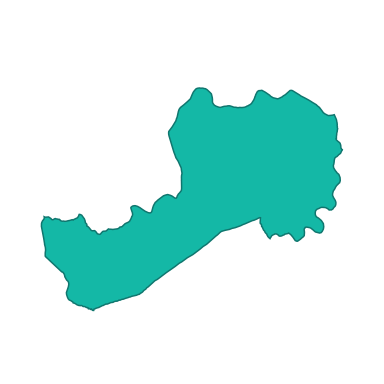 outline of Sedhiou, Sédhiou, Senegal, rotated 171°
{"feature_id": "50182788B34006486463131", "entity_name": "Sedhiou", "entity_type": "district", "adm_level": 2, "iso_a3": "SEN", "parent_name": "Senegal", "parent_adm1": "Sédhiou", "projection": "natural_earth1", "projection_center": [-15.59, 12.794], "detail": "fine", "context": "isolated", "style": "filled", "palette": "teal", "viewbox_px": 384, "rotation_deg": 171, "n_neighbors": 0, "source": "geoboundaries", "source_scale": "gbopen_adm2", "svg_char_len": 5962}
<svg xmlns="http://www.w3.org/2000/svg" viewBox="0 0 384 384"><g transform="rotate(171 192 192)"><path d="M39.4,246.1L41.0,245.9L43.7,246.0L45.5,246.2L48.4,248.3L50.1,250.0L50.3,250.7L52.9,255.6L54.7,257.5L55.6,258.8L59.1,261.7L60.4,262.9L62.3,264.5L65.4,266.9L69.4,269.8L70.8,271.2L76.9,276.4L78.1,276.9L79.3,276.9L84.6,273.5L86.9,272.6L88.0,271.9L91.2,270.9L92.8,270.6L97.1,272.4L99.4,274.3L100.1,275.4L104.0,279.1L107.1,281.5L109.4,281.5L109.9,281.7L111.6,281.1L113.0,279.3L114.0,277.9L114.5,276.7L115.1,276.0L115.4,275.2L116.5,273.4L119.5,270.0L120.4,269.6L121.0,269.2L122.4,268.8L123.1,268.4L124.1,268.3L125.3,267.8L126.2,267.6L127.1,267.5L129.5,267.6L131.8,268.1L132.5,268.0L134.3,268.3L135.2,268.8L137.5,269.2L138.3,269.8L141.2,271.2L142.9,271.5L144.5,271.4L146.9,271.6L150.6,271.1L152.1,271.5L154.8,273.0L156.2,274.1L156.8,275.0L157.5,276.4L157.7,277.5L157.6,278.5L157.3,280.3L157.2,282.1L157.5,285.8L158.3,287.1L161.1,290.7L162.5,291.9L164.1,292.4L165.0,292.9L167.3,293.2L168.4,293.6L170.5,293.6L171.8,293.3L173.6,291.9L175.2,290.3L176.8,287.9L179.0,284.3L182.3,282.0L186.4,279.4L190.2,277.3L191.6,275.9L192.0,275.3L192.8,273.8L195.0,268.2L196.0,266.6L196.4,265.6L196.9,264.7L201.2,259.6L205.4,255.5L205.7,254.8L206.0,252.9L205.9,250.9L203.7,234.5L203.0,231.1L202.5,228.3L200.9,224.7L199.3,218.8L199.0,218.0L198.9,217.3L199.0,215.2L198.9,212.1L199.8,209.7L200.2,207.6L200.3,206.4L200.6,205.1L200.7,204.1L201.7,197.1L202.3,195.1L204.4,193.1L205.9,192.0L206.3,191.4L207.0,190.7L207.9,189.0L208.8,188.3L210.0,188.8L212.1,190.9L213.7,192.0L216.4,193.3L218.8,193.1L220.8,192.7L226.4,189.7L227.3,189.2L228.6,188.2L229.9,187.5L232.1,184.7L233.1,182.8L234.6,179.4L235.1,178.6L235.9,178.0L236.9,177.9L238.6,178.5L241.4,180.4L244.8,183.6L246.1,184.9L247.2,185.6L247.8,186.2L248.6,186.6L250.3,187.4L251.4,187.5L253.0,187.4L254.6,186.5L254.9,185.9L254.6,183.5L254.1,180.8L254.2,178.9L254.8,177.6L255.3,177.2L256.2,175.5L258.0,173.1L259.4,172.2L263.0,171.2L266.6,168.7L268.8,168.6L270.1,167.6L271.5,167.3L276.1,167.4L277.5,167.8L279.8,168.3L280.3,168.6L281.2,168.1L282.4,167.2L283.4,166.9L285.7,167.1L286.3,167.0L287.8,165.9L289.1,164.7L289.8,164.6L291.6,165.3L292.2,165.7L292.6,166.9L292.9,167.4L293.8,168.7L294.3,169.1L296.6,169.3L297.5,169.8L299.3,173.0L300.5,174.5L301.0,174.6L301.2,175.3L301.0,176.0L301.0,176.7L302.1,178.4L302.1,180.2L302.5,182.3L304.6,186.4L306.0,187.3L306.4,187.5L307.0,187.5L307.8,186.0L309.1,184.5L313.1,183.3L313.8,182.9L314.6,183.4L317.4,183.0L318.7,183.0L320.9,182.8L322.5,183.0L323.4,183.4L324.4,183.4L325.4,183.7L326.3,184.3L326.6,185.0L326.8,185.0L327.2,185.3L327.4,185.8L328.7,186.0L329.3,186.4L330.7,186.8L331.3,187.2L332.6,186.8L333.4,186.4L333.8,186.4L334.6,186.6L335.2,187.2L335.4,187.8L337.6,189.8L340.4,190.0L341.2,190.2L341.9,190.7L341.9,189.6L342.4,188.5L344.2,186.8L345.3,185.1L345.6,184.3L346.1,181.6L345.7,169.0L345.7,164.3L345.8,163.5L345.5,160.1L345.7,157.5L346.5,154.8L347.0,151.7L346.8,151.1L333.4,133.8L332.9,133.3L332.2,133.1L331.5,131.8L331.1,130.9L330.8,128.9L330.9,128.3L329.6,124.7L328.3,123.0L328.1,121.8L328.1,120.2L329.0,117.6L331.8,112.3L331.9,110.4L331.5,107.7L331.0,105.9L330.3,104.7L328.0,103.1L327.8,102.7L327.0,102.2L326.7,101.0L326.0,100.8L324.7,100.0L323.4,98.7L321.7,97.7L319.9,97.2L319.3,97.3L318.4,96.9L317.4,95.9L316.1,95.7L315.3,95.3L314.5,94.5L313.1,94.1L312.8,93.2L312.3,93.3L312.2,92.7L310.9,92.5L310.5,91.9L309.9,91.7L309.5,92.0L308.8,90.8L308.4,90.5L307.6,90.4L307.2,91.6L306.0,91.8L305.0,92.2L302.7,92.5L302.0,92.5L301.4,92.9L300.6,93.0L298.4,93.8L297.6,93.8L294.6,94.8L293.7,94.6L292.9,94.6L289.3,95.5L288.6,95.4L287.2,95.4L286.4,95.8L284.6,96.1L283.0,95.9L281.9,96.2L281.1,96.6L280.0,96.4L278.2,96.9L276.5,96.9L274.2,97.4L271.6,97.7L270.6,98.0L269.2,98.0L268.0,98.4L263.1,98.7L261.1,99.2L260.1,99.2L259.5,99.5L258.7,100.1L258.1,100.2L256.8,100.8L256.2,101.2L255.1,102.2L254.3,102.7L253.1,103.1L251.5,104.6L250.2,105.1L242.5,110.2L240.4,110.9L239.3,111.4L230.0,116.4L220.3,121.1L215.8,123.6L213.1,124.6L206.7,127.9L201.1,130.0L193.0,134.3L189.6,136.4L185.7,138.1L175.4,144.7L173.5,145.7L170.5,147.8L169.0,148.5L165.1,149.0L160.8,149.2L158.1,149.8L155.0,150.0L149.2,151.1L146.6,151.9L144.6,152.3L136.9,154.3L135.3,154.4L132.1,155.2L130.8,155.7L129.1,156.1L128.4,155.9L129.4,151.5L129.5,150.4L129.3,149.9L128.8,149.6L128.5,148.7L128.6,147.0L128.1,146.5L127.3,143.3L127.0,142.8L126.4,142.1L126.1,140.6L125.1,139.1L124.7,138.7L124.7,137.9L124.4,137.4L124.1,136.2L123.3,135.0L122.8,134.4L122.5,134.4L122.2,133.8L121.3,135.0L120.8,135.3L120.2,136.3L118.6,137.0L117.3,137.3L116.8,137.6L115.4,137.4L114.8,137.1L113.6,136.1L113.3,135.4L112.6,134.8L111.9,134.6L110.2,134.6L109.1,135.1L107.8,135.2L107.1,135.8L103.7,136.0L103.0,136.3L101.9,135.3L100.9,134.1L99.4,131.6L97.6,127.8L96.2,127.0L95.4,126.9L92.3,128.4L90.5,129.6L89.3,130.2L88.0,131.3L87.3,134.1L87.1,136.0L87.2,136.9L86.9,138.0L86.2,138.6L85.9,139.2L85.6,139.2L85.4,139.4L84.2,139.4L81.2,138.3L80.5,137.9L78.4,135.7L77.0,133.9L76.3,133.2L72.4,131.5L70.7,131.7L69.4,132.9L68.0,134.9L67.3,137.1L67.2,140.3L68.7,143.6L71.0,146.3L73.1,148.1L73.4,149.1L73.7,149.7L73.6,152.0L72.8,154.3L70.9,155.6L69.4,155.8L68.2,156.3L66.4,156.6L63.2,155.9L62.0,155.4L60.2,153.9L59.4,152.8L57.0,152.5L55.2,153.4L54.7,154.2L52.7,155.7L52.0,156.9L51.6,158.5L51.5,159.4L51.8,161.2L53.1,164.4L53.7,166.8L53.3,168.6L52.2,171.0L50.7,172.5L49.3,174.5L48.2,175.7L46.5,176.9L45.7,177.6L44.8,178.0L43.8,180.0L43.5,183.1L44.2,186.4L46.0,188.5L46.0,188.8L47.1,190.7L48.3,193.7L48.3,195.4L48.1,196.5L47.6,197.3L46.9,199.5L46.6,200.8L45.7,203.1L44.4,204.0L43.2,204.4L41.2,205.9L39.3,206.9L37.6,209.4L37.1,209.8L37.0,210.1L37.3,210.1L37.4,210.8L38.0,212.2L37.8,215.0L38.1,216.8L38.5,217.7L39.9,219.1L41.3,221.0L41.4,222.2L40.9,222.5L40.8,223.8L40.0,226.5L40.0,226.9L39.6,228.0L39.2,228.8L38.5,231.2L38.2,231.7L38.4,232.8L38.2,233.9L38.3,234.6L38.0,235.9L37.9,238.0L38.0,238.6L38.0,240.3L38.1,241.2L39.4,246.1Z" fill="#14b8a6" stroke="#0f766e" stroke-width="1.5"/></g></svg>